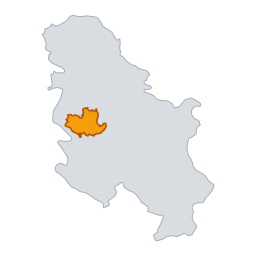 where Kolubarski sits in Republic of Serbia
{"feature_id": "SRB-837", "entity_name": "Kolubarski", "entity_type": "District", "adm_level": 1, "iso_a3": "SRB", "parent_name": "Republic of Serbia", "parent_adm1": "", "projection": "orthographic", "projection_center": [19.93, 44.309], "detail": "fine", "context": "in_parent", "style": "filled", "palette": "amber", "viewbox_px": 256, "rotation_deg": 0, "n_neighbors": 0, "source": "natural_earth", "source_scale": "10m", "svg_char_len": 7787}
<svg xmlns="http://www.w3.org/2000/svg" viewBox="0 0 256 256"><path d="M144.3,92.1L151.0,94.1L154.1,96.0L155.8,98.6L160.0,100.2L167.0,100.9L171.9,103.4L174.7,107.9L179.1,106.7L185.0,99.8L191.0,97.9L197.0,100.9L200.3,103.4L200.9,105.5L199.6,106.3L196.3,106.0L193.6,107.4L191.6,110.4L191.3,113.5L192.9,116.8L195.1,119.0L197.9,120.2L199.4,121.8L199.6,124.0L200.4,124.6L198.9,125.7L197.2,127.2L196.3,129.9L196.2,134.1L191.0,137.6L189.1,138.2L188.2,140.4L187.0,146.7L187.3,151.3L188.1,153.7L188.5,155.6L190.3,157.9L192.0,161.5L193.2,166.2L195.6,169.9L201.7,173.3L204.7,175.3L207.0,178.3L208.7,181.1L213.8,184.6L213.5,187.2L212.5,189.9L211.4,191.1L209.1,194.5L206.8,196.5L203.0,202.5L196.8,203.0L195.3,203.5L193.0,205.2L191.9,208.1L193.1,210.5L193.1,212.8L192.1,217.5L193.7,222.4L196.0,224.6L196.4,225.9L196.1,228.2L192.9,233.0L192.0,234.8L188.7,235.7L187.5,235.3L185.8,233.8L184.2,233.3L180.3,235.3L176.3,236.6L173.1,235.8L170.0,235.8L167.8,236.6L166.2,237.0L163.0,239.1L157.9,240.6L155.5,240.4L154.6,238.5L153.6,235.8L154.0,234.5L157.4,232.3L157.7,230.2L162.3,220.2L163.1,217.0L163.1,215.9L161.9,215.2L159.3,215.3L147.7,211.5L148.1,206.9L144.7,204.5L141.1,202.3L140.4,199.9L136.3,194.9L133.3,192.2L129.6,190.8L126.3,188.8L124.4,187.6L123.5,185.3L123.4,183.9L122.5,182.6L120.9,182.7L118.3,184.6L115.1,186.2L114.5,187.4L115.7,190.1L116.5,191.9L116.2,193.6L115.2,195.7L108.9,200.4L108.2,202.0L109.5,204.7L108.7,205.9L103.5,207.6L103.6,206.2L103.3,203.9L100.2,201.5L96.0,199.6L86.6,193.1L82.9,192.2L79.7,191.5L75.1,188.3L72.7,187.8L70.1,185.5L64.4,178.0L59.6,173.9L56.2,171.8L55.3,169.7L55.2,167.7L55.3,166.9L57.8,164.0L59.7,163.6L62.2,163.5L63.8,165.0L66.0,165.4L67.2,163.5L67.9,160.7L67.6,157.2L62.5,149.1L58.1,143.4L57.6,142.1L58.6,141.1L60.1,140.5L61.8,141.0L66.1,141.4L70.2,140.9L71.6,139.6L71.6,137.7L70.1,136.0L65.3,131.3L61.6,127.1L57.2,124.0L53.9,122.7L53.0,121.1L52.6,119.3L53.0,116.2L53.2,112.2L54.0,109.7L57.0,105.0L59.9,100.0L61.6,95.2L62.6,90.7L62.3,89.4L60.8,88.5L57.7,87.5L53.4,88.3L49.8,89.9L48.3,90.0L47.9,88.0L48.5,87.1L49.6,87.2L50.5,87.6L51.5,86.7L52.2,84.0L50.8,74.6L53.5,73.8L53.5,72.4L53.8,71.2L56.6,72.9L60.5,72.9L64.0,72.6L64.5,71.7L64.5,70.4L63.8,69.3L62.6,68.5L61.7,67.1L59.4,66.6L52.1,63.1L48.6,59.5L48.7,55.6L49.8,53.6L51.1,52.8L50.7,52.1L46.6,50.3L45.2,47.8L46.4,44.7L44.4,38.3L42.2,34.3L44.4,32.6L44.8,30.2L45.0,28.8L45.9,28.8L49.4,27.2L50.7,25.9L51.4,24.4L52.3,24.0L54.6,25.7L57.1,25.9L59.9,24.8L62.0,23.4L64.5,22.2L65.7,21.3L67.1,20.0L70.1,16.2L73.4,15.4L77.8,16.4L82.6,16.7L86.1,15.8L95.2,16.9L97.1,17.8L98.4,18.8L100.8,22.2L103.1,26.5L106.3,28.5L110.1,30.8L112.1,32.5L115.0,37.7L117.3,40.2L118.0,40.1L118.8,39.4L119.3,38.9L119.9,39.3L120.0,40.9L120.1,44.4L119.6,48.1L120.5,51.6L120.5,52.7L120.0,53.7L120.0,54.6L120.8,55.6L124.0,57.8L126.9,61.4L130.2,63.9L133.3,65.4L135.3,65.5L138.5,68.4L144.8,70.3L146.9,71.0L148.3,72.2L149.3,73.6L149.4,75.0L148.4,75.8L147.1,77.8L146.6,80.2L145.6,80.9L144.6,80.9L143.9,81.6L144.1,82.7L144.9,83.7L146.2,84.6L148.8,85.4L151.3,86.7L151.3,87.7L150.8,88.9L147.6,89.4L145.3,89.6L144.2,90.1L144.3,92.1Z" fill="#d9dde1" stroke="#a8b0b8" stroke-width="1"/><path d="M77.5,134.1L77.3,134.0L77.2,133.9L76.8,133.5L76.6,133.4L76.3,133.2L75.9,133.1L75.3,133.0L75.0,132.6L74.8,132.3L74.7,132.2L74.3,132.1L73.9,131.9L73.7,131.9L73.1,131.9L72.9,131.8L72.8,131.7L72.7,131.6L72.5,131.1L72.2,130.7L71.6,130.5L71.5,130.4L71.3,129.5L71.3,129.4L70.8,128.3L70.7,128.2L70.0,127.9L69.9,127.8L69.6,127.5L69.5,127.4L69.4,127.4L69.0,127.4L68.8,127.4L68.6,127.3L68.5,127.2L68.1,126.9L67.3,126.6L66.8,126.6L66.5,126.4L66.1,126.2L65.8,126.1L65.3,125.7L65.2,125.5L65.3,125.4L65.4,125.0L65.4,124.9L65.4,124.5L65.4,124.3L65.5,124.2L66.0,123.8L66.1,123.7L66.2,123.1L66.6,122.5L66.7,122.4L66.9,122.2L67.4,122.1L67.6,122.1L67.8,121.9L67.9,121.7L67.9,121.4L67.9,121.2L67.5,120.3L67.4,120.2L67.2,120.2L66.8,120.3L66.6,120.3L66.5,120.2L66.3,120.0L66.2,119.7L66.2,119.4L66.3,119.2L66.5,119.0L67.2,119.0L67.4,118.9L67.6,118.6L67.9,118.0L68.0,117.7L68.2,117.0L68.2,116.6L68.4,116.1L68.4,115.9L67.8,115.6L67.7,115.5L67.7,115.4L67.7,115.2L67.9,115.0L68.2,114.9L68.7,114.8L69.2,114.9L69.4,114.9L69.9,114.6L70.8,114.5L71.4,115.0L71.5,115.1L71.6,115.4L71.8,115.7L72.0,115.8L72.5,115.9L72.9,115.8L73.0,115.8L73.2,115.6L73.6,115.4L74.0,115.3L74.6,115.2L75.2,115.0L75.4,115.0L75.7,115.0L77.9,116.0L78.8,116.3L79.0,116.4L79.2,116.6L79.5,117.1L79.6,117.3L79.5,117.7L79.6,117.8L79.8,117.9L80.1,117.9L81.6,117.9L82.1,117.8L82.3,117.4L82.7,116.9L82.3,116.3L81.8,115.7L81.7,115.6L81.8,115.4L82.0,115.2L82.3,115.0L82.5,115.0L83.0,115.2L83.2,114.9L83.3,114.7L83.2,114.1L83.2,113.9L83.2,113.7L83.0,113.2L82.9,113.1L83.0,112.9L83.4,112.6L83.5,112.5L83.5,112.3L83.5,112.1L83.5,111.9L83.1,111.4L83.0,111.1L83.0,110.6L83.0,110.4L82.8,110.2L82.7,110.1L82.8,109.7L82.9,109.4L83.0,109.3L83.2,109.0L83.4,108.8L83.8,108.7L84.4,108.2L84.6,108.0L84.9,108.0L85.0,108.0L85.3,108.2L85.7,108.5L85.8,108.5L86.2,108.3L86.8,108.1L87.2,107.9L87.4,107.7L87.7,107.7L87.7,108.0L87.5,108.6L87.5,108.8L87.6,109.2L87.8,109.4L88.1,109.7L88.3,110.0L88.7,110.3L89.4,110.4L89.8,110.7L90.3,110.9L90.5,111.0L91.0,110.9L91.3,110.7L91.5,110.3L91.6,110.2L91.9,110.0L92.2,109.9L92.5,109.9L93.0,110.1L93.2,110.3L93.3,110.7L93.6,111.0L93.8,111.5L94.0,111.7L94.8,111.3L95.1,111.1L95.2,110.9L95.3,110.5L95.7,110.0L95.8,109.8L95.8,109.4L95.9,109.2L96.1,109.0L96.2,108.9L96.3,109.0L96.5,109.2L96.6,109.4L96.6,109.8L96.7,110.3L97.0,110.7L97.0,110.8L97.0,111.0L96.9,111.7L96.9,111.8L97.0,111.9L97.5,112.3L97.8,112.6L97.9,113.2L98.0,113.8L98.1,114.2L98.2,114.3L98.1,114.5L97.9,115.0L97.9,115.3L98.1,115.7L98.1,115.8L98.2,116.1L98.2,116.4L98.1,116.7L98.0,117.2L97.9,117.6L97.7,118.0L97.2,118.4L97.1,118.5L97.1,119.0L96.8,119.4L96.7,119.5L96.8,119.9L97.1,120.3L97.2,120.5L97.1,120.9L96.7,121.3L96.6,121.6L96.6,121.8L96.6,122.0L96.8,122.5L97.3,123.4L97.6,123.8L97.8,124.0L98.2,124.3L99.1,125.1L99.2,125.3L99.4,125.8L99.5,126.0L99.8,126.2L100.0,126.3L100.4,126.4L100.5,126.3L100.6,126.2L100.6,125.7L100.7,125.4L100.8,125.4L101.0,125.4L101.1,125.5L101.4,125.7L101.6,125.8L102.0,125.7L102.3,125.4L102.6,125.0L103.0,124.6L103.1,124.2L103.2,123.9L103.4,123.7L103.5,123.5L103.7,123.4L104.1,123.5L104.4,123.4L104.9,123.2L105.4,123.3L105.6,123.4L105.8,123.6L106.0,123.8L105.9,124.4L106.0,124.6L106.0,124.8L106.2,125.2L106.3,125.5L106.3,125.9L106.3,126.2L105.8,127.0L105.6,127.4L105.5,127.7L105.4,128.2L105.3,128.3L105.2,128.4L104.7,128.5L104.4,128.8L104.4,129.0L104.3,129.3L104.4,129.6L104.3,129.9L104.2,130.0L103.6,130.2L103.4,130.2L103.1,130.3L102.9,130.5L102.7,130.7L102.7,130.8L102.8,131.1L102.8,131.3L102.7,131.4L102.4,131.7L101.9,131.9L101.2,132.3L101.0,132.6L100.9,132.8L100.8,133.0L100.7,133.2L100.4,133.3L99.6,133.3L99.3,133.3L99.1,133.4L98.6,133.7L98.3,133.8L98.1,133.8L97.6,133.6L96.9,133.8L96.4,133.7L96.2,133.8L95.9,133.9L95.8,134.0L95.6,134.3L95.4,134.5L95.1,134.5L94.2,134.6L94.0,134.8L93.9,134.9L93.9,135.1L94.0,135.2L94.1,135.8L94.0,136.0L93.9,136.0L93.7,135.9L93.3,135.7L92.8,135.6L92.3,135.4L92.0,135.3L91.4,135.3L90.4,134.7L90.2,134.6L89.7,134.6L89.4,134.5L89.3,134.2L88.5,134.8L88.2,135.0L88.1,135.3L87.9,135.9L87.5,135.8L87.0,135.7L86.8,135.6L86.5,135.4L86.2,135.2L85.9,135.0L85.5,134.9L85.2,134.6L85.1,134.4L84.9,134.2L84.9,133.9L85.1,133.7L85.2,133.4L85.1,133.2L84.8,133.0L84.5,132.9L84.2,132.8L83.4,132.7L83.1,132.8L83.0,133.0L82.9,133.3L82.8,133.5L82.3,133.7L82.0,134.1L81.9,134.1L81.7,134.2L81.1,133.8L80.9,133.7L80.7,133.4L80.4,133.2L80.0,133.2L79.7,133.4L79.5,133.5L79.6,133.8L79.9,134.1L80.3,134.4L80.5,134.6L80.9,135.4L81.0,136.0L81.1,136.3L81.1,136.6L81.0,136.9L80.9,137.1L80.7,137.2L80.0,137.2L79.7,137.1L79.5,136.8L79.6,136.5L79.6,136.3L79.6,136.2L79.4,135.9L79.0,135.5L78.9,135.3L78.9,135.0L78.8,134.9L78.4,134.5L78.2,134.2L77.9,134.0L77.5,134.1Z" fill="#f59e0b" stroke="#b45309" stroke-width="1.5"/></svg>